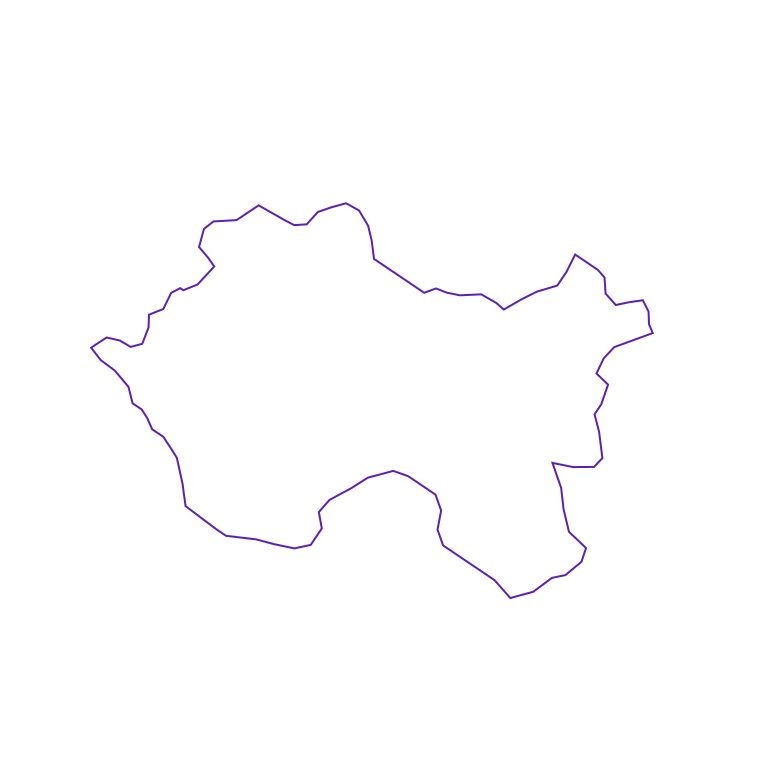 Gongju-si, South Chungcheong, South Korea (Robinson projection), rotated 304°
{"feature_id": "91817680B8449507929864", "entity_name": "Gongju-si", "entity_type": "district", "adm_level": 2, "iso_a3": "KOR", "parent_name": "South Korea", "parent_adm1": "South Chungcheong", "projection": "robinson", "projection_center": [127.087, 36.473], "detail": "fine", "context": "isolated", "style": "outline", "palette": "violet", "viewbox_px": 768, "rotation_deg": 304, "n_neighbors": 0, "source": "geoboundaries", "source_scale": "gbopen_adm2", "svg_char_len": 1486}
<svg xmlns="http://www.w3.org/2000/svg" viewBox="0 0 768 768"><g transform="rotate(304 384 384)"><path d="M598.2,470.1L579.0,472.6L562.5,472.6L545.9,459.0L530.6,450.4L512.7,441.7L514.0,431.8L512.7,414.5L499.9,397.2L494.8,384.9L492.3,373.7L482.1,366.3L482.1,351.5L482.1,325.6L482.1,305.8L496.1,293.5L506.3,282.4L513.9,266.3L512.6,251.5L501.2,241.7L489.7,233.0L473.1,230.6L465.5,220.7L464.2,209.6L462.0,180.2L437.4,170.1L423.4,151.7L411.9,148.0L394.1,154.1L390.3,167.7L386.5,177.5L362.3,173.8L349.5,165.2L349.5,161.5L340.6,156.6L322.8,159.1L310.0,150.4L299.2,157.2L282.1,161.1L273.1,153.2L272.3,140.6L267.4,128.0L252.8,121.9L250.3,120.9L245.4,135.9L244.6,153.2L238.8,173.7L227.4,186.4L227.4,197.4L223.3,206.9L216.8,217.1L216.8,230.6L211.9,242.4L207.0,253.5L188.2,273.2L182.4,278.3L171.8,287.8L169.8,326.4L169.8,337.9L183.7,364.9L189.7,382.3L197.6,401.6L209.6,413.2L229.5,413.2L241.4,401.6L257.4,403.6L279.3,415.1L297.2,422.9L317.1,440.2L321.1,455.7L321.1,471.1L321.1,488.5L311.1,502.1L293.2,509.8L283.2,523.3L283.2,546.5L283.2,563.9L283.2,569.8L283.2,585.2L277.2,608.4L295.2,623.9L317.1,631.6L327.1,641.3L347.0,647.1L361.0,643.2L364.9,620.0L380.9,602.6L396.8,589.1L412.8,567.8L420.8,587.1L432.7,604.5L444.7,606.5L464.6,589.1L476.6,575.5L488.5,575.5L505.5,571.0L508.8,570.1L511.5,554.3L528.1,551.8L543.4,554.3L576.5,578.3L581.7,570.3L591.9,562.9L598.2,551.8L589.3,541.9L579.1,532.0L582.9,517.1L595.7,507.2L598.2,497.3L598.2,470.1Z" fill="none" stroke="#5b21b6" stroke-width="2"/></g></svg>